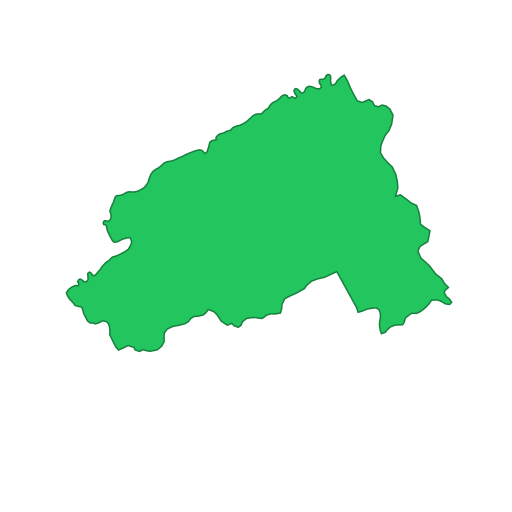 Stolin, Brest, Belarus (Mercator projection), rotated 333°
{"feature_id": "67162791B20391469538668", "entity_name": "Stolin", "entity_type": "district", "adm_level": 2, "iso_a3": "BLR", "parent_name": "Belarus", "parent_adm1": "Brest", "projection": "mercator", "projection_center": [26.983, 51.876], "detail": "fine", "context": "isolated", "style": "filled", "palette": "green", "viewbox_px": 512, "rotation_deg": 333, "n_neighbors": 0, "source": "geoboundaries", "source_scale": "gbopen_adm2", "svg_char_len": 4872}
<svg xmlns="http://www.w3.org/2000/svg" viewBox="0 0 512 512"><g transform="rotate(333 256 256)"><path d="M416.4,275.0L415.6,273.3L412.4,267.0L407.4,266.1L413.3,259.7L415.8,253.7L417.6,246.7L417.8,238.5L415.8,232.7L414.1,226.5L413.8,220.4L417.0,214.9L420.2,211.7L425.7,207.3L431.8,204.4L436.8,200.0L442.0,192.7L442.0,186.0L440.0,181.4L436.8,178.7L433.0,178.7L429.8,175.8L429.8,171.4L427.8,167.9L424.8,167.7L420.2,167.4L416.7,163.6L416.4,155.4L416.4,149.9L417.0,141.1L416.7,134.9L414.2,135.1L412.8,135.2L411.2,135.8L409.0,136.3L407.7,136.9L405.0,138.6L403.5,138.7L401.8,138.6L401.0,137.9L401.2,135.9L402.0,133.7L403.1,131.9L404.1,129.6L403.8,127.8L402.1,126.8L399.8,127.4L398.9,128.5L397.1,129.1L395.8,129.0L394.2,128.1L393.0,127.7L392.0,128.4L391.1,130.6L391.1,131.9L391.4,133.1L390.9,135.2L388.9,135.9L387.3,135.3L385.3,133.8L383.8,131.9L382.6,130.6L380.9,129.2L379.6,128.7L377.7,128.8L376.4,129.3L374.9,130.6L373.1,131.8L371.2,132.0L370.3,131.1L369.5,128.3L368.8,126.4L367.6,124.9L366.1,124.9L364.9,126.0L364.5,127.8L364.5,129.9L364.9,131.2L364.7,132.7L363.0,133.2L362.0,133.0L361.2,131.2L360.0,130.3L359.0,130.5L357.1,130.3L356.5,129.0L356.5,127.2L355.0,125.5L352.5,125.0L350.4,125.5L348.9,126.2L347.2,126.6L344.7,127.1L343.1,127.0L340.2,127.0L338.1,127.6L335.9,128.7L333.9,129.9L330.5,130.2L328.0,130.9L326.2,131.7L324.0,131.3L322.2,130.3L320.1,129.6L318.2,129.6L315.9,129.9L313.5,130.7L311.1,131.3L308.8,132.0L304.9,132.3L302.6,132.3L300.3,132.1L297.8,131.4L295.0,131.2L293.2,131.2L292.2,131.7L290.3,132.4L288.5,132.0L286.3,131.5L284.4,131.7L282.4,131.6L279.8,130.9L278.1,130.8L275.0,131.7L273.8,132.7L273.8,134.0L272.2,134.4L270.4,133.4L268.7,133.3L266.5,133.6L265.0,135.3L263.8,136.9L262.4,138.3L261.3,139.2L260.2,140.7L258.3,141.4L257.1,141.4L256.5,140.0L256.2,138.3L255.5,137.0L253.6,135.6L248.3,134.5L242.8,134.0L238.2,133.8L234.8,133.8L231.2,133.5L227.7,133.5L224.5,133.2L222.5,132.6L219.9,131.7L217.2,131.4L214.9,131.8L211.9,132.7L208.3,133.3L206.0,133.3L202.7,133.8L200.1,135.1L197.9,136.7L195.6,138.9L193.2,141.5L190.1,143.2L187.0,144.3L184.5,144.6L183.6,144.6L182.1,144.6L179.4,144.4L177.4,144.0L175.3,143.1L173.9,142.3L172.2,141.2L169.9,140.6L165.9,140.7L163.6,140.6L161.7,140.0L159.2,139.0L157.7,139.3L155.7,141.0L153.5,143.4L152.3,144.1L150.6,145.5L148.6,147.2L146.6,149.1L146.0,150.6L145.7,153.1L144.6,155.4L143.2,157.1L141.2,158.0L139.5,157.7L138.7,156.8L137.3,155.9L136.4,155.9L134.9,157.1L134.6,158.8L136.1,159.9L136.3,161.6L135.5,164.0L135.0,166.6L134.9,171.1L134.9,174.2L135.0,176.7L135.6,179.1L138.0,180.2L140.3,180.4L142.9,180.4L145.2,180.5L147.8,181.1L149.2,181.3L150.6,181.8L152.0,182.4L152.1,184.4L151.7,186.8L149.8,189.0L147.8,190.4L145.2,192.1L140.4,192.7L137.2,192.7L132.7,192.7L130.9,192.4L127.8,191.8L126.1,192.1L124.2,192.9L122.4,193.3L119.9,193.5L117.9,194.1L115.1,195.2L113.3,195.9L111.4,197.2L108.4,198.3L105.0,199.8L103.1,200.0L102.2,199.8L101.6,198.4L101.4,196.4L100.3,194.7L98.9,195.0L97.9,195.5L97.1,197.5L96.3,199.5L95.7,200.7L93.7,201.8L92.0,201.5L91.1,201.0L90.6,199.3L88.9,196.7L87.2,196.7L85.4,197.8L85.5,200.4L83.8,202.0L82.1,200.4L79.4,200.1L77.2,200.1L74.6,200.6L73.0,201.2L70.4,202.6L70.0,205.0L70.1,208.0L70.4,210.0L71.3,212.8L72.0,215.5L72.4,218.2L74.1,219.4L75.0,220.6L77.0,221.7L77.4,223.4L77.2,225.4L76.4,228.5L76.4,231.1L76.4,234.5L76.4,237.4L77.8,240.4L80.3,241.6L82.1,243.6L84.9,244.1L88.3,244.2L90.2,244.2L92.3,245.9L93.7,248.2L93.5,252.1L91.1,258.1L90.0,259.5L89.8,266.4L89.8,270.0L89.8,273.6L90.8,277.4L97.3,277.7L101.4,277.7L102.6,279.0L105.7,282.0L105.7,284.9L109.0,288.2L112.9,288.2L115.2,290.5L118.3,292.8L125.4,294.8L130.8,293.6L135.2,290.7L137.7,285.6L139.3,283.1L143.6,280.8L150.3,281.0L155.9,282.8L162.1,284.1L165.9,283.8L169.8,282.0L173.4,281.8L176.9,283.3L182.3,284.6L185.6,283.8L189.2,282.0L193.1,286.4L194.6,290.5L195.1,294.8L195.4,298.2L199.0,304.6L203.8,305.1L204.9,308.4L207.9,311.5L211.0,311.0L214.1,308.4L219.2,307.4L223.6,308.7L227.7,310.7L232.8,314.3L234.8,314.3L238.4,313.5L243.0,314.3L246.9,316.4L251.8,317.9L254.8,314.8L257.1,311.0L262.3,307.1L269.2,307.1L274.8,307.4L284.3,307.1L287.4,305.3L294.0,303.6L300.2,304.3L307.6,306.1L320.9,306.6L322.2,347.6L321.4,352.5L325.5,353.3L331.2,353.8L336.8,355.6L339.4,356.6L341.2,359.7L340.9,363.0L339.1,367.1L337.1,369.7L334.8,373.2L333.0,378.4L332.5,382.2L336.6,382.7L339.1,381.4L343.7,380.2L348.4,380.7L351.9,382.2L355.5,383.8L358.1,382.2L360.9,379.1L366.5,377.9L369.1,377.9L372.7,379.9L376.3,380.2L378.6,379.9L382.9,379.1L388.6,377.1L392.4,375.0L397.8,377.6L400.6,380.7L402.9,384.5L406.5,387.1L409.3,386.1L408.8,382.0L407.3,379.1L407.0,374.5L408.6,372.5L413.2,371.4L411.5,366.3L411.1,360.4L407.9,353.5L406.1,343.5L402.0,332.6L402.4,325.3L406.1,322.1L409.7,321.6L415.6,321.2L419.3,316.6L422.5,312.5L419.3,307.1L417.0,302.5L419.7,295.7L421.1,290.7L422.0,283.8L418.4,279.3L416.4,275.0Z" fill="#22c55e" stroke="#15803d" stroke-width="1.5"/></g></svg>